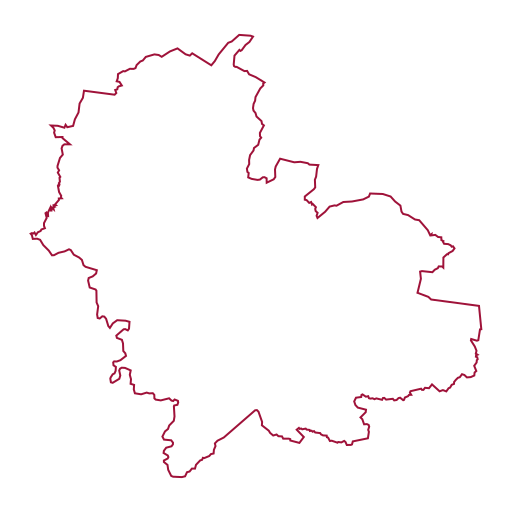 Colotlán, Jalisco, Mexico
{"feature_id": "50627088B8833204369872", "entity_name": "Colotlán", "entity_type": "district", "adm_level": 2, "iso_a3": "MEX", "parent_name": "Mexico", "parent_adm1": "Jalisco", "projection": "mercator", "projection_center": [-103.289, 22.099], "detail": "fine", "context": "isolated", "style": "outline", "palette": "rose", "viewbox_px": 512, "rotation_deg": 0, "n_neighbors": 0, "source": "geoboundaries", "source_scale": "gbopen_adm2", "svg_char_len": 5970}
<svg xmlns="http://www.w3.org/2000/svg" viewBox="0 0 512 512"><path d="M250.5,35.7L239.2,34.9L231.7,41.5L228.2,42.8L218.7,54.4L214.8,61.1L211.3,65.3L192.2,53.3L189.8,55.6L185.6,54.3L177.5,48.4L170.0,51.4L161.7,56.8L158.7,55.0L154.4,54.4L145.8,56.9L142.8,60.5L140.3,61.5L136.6,65.1L135.5,68.1L133.6,68.9L129.9,68.8L124.9,71.4L123.2,71.1L118.0,74.1L117.8,78.2L116.7,81.3L119.5,81.9L121.8,85.5L118.7,86.4L117.7,87.2L117.3,89.3L115.2,90.0L116.3,93.0L114.6,94.7L84.0,90.7L82.9,97.8L79.6,103.5L78.5,112.5L74.9,119.3L73.1,125.9L67.3,127.2L65.6,124.8L64.4,127.7L57.8,125.8L51.0,125.5L53.4,127.8L54.7,130.4L54.1,132.7L55.7,137.2L62.5,137.0L62.5,138.1L69.9,144.3L64.4,144.3L62.5,145.8L61.6,148.4L62.8,154.6L60.0,157.9L57.5,166.0L57.5,167.7L59.1,170.3L57.8,172.6L60.3,176.9L59.5,177.8L59.9,181.7L58.9,183.1L59.5,184.2L59.2,185.3L58.5,184.8L57.9,185.7L59.1,192.1L61.2,195.8L60.9,197.4L61.7,198.3L58.8,198.5L58.9,200.0L55.1,204.4L55.8,205.1L53.5,205.2L53.5,206.1L54.6,206.9L53.2,207.5L53.6,209.3L51.7,207.6L51.5,210.5L50.9,210.5L50.4,207.5L47.9,212.7L48.1,216.0L47.4,215.8L46.3,212.6L45.5,213.2L46.7,217.9L44.0,223.1L44.0,225.9L44.9,228.2L41.4,229.5L40.6,231.0L37.8,232.3L35.9,235.0L34.5,232.5L33.4,233.5L31.9,233.1L30.7,233.7L31.9,235.2L32.8,238.9L37.1,238.7L40.1,239.8L43.3,245.1L48.8,250.6L52.0,255.3L54.0,255.2L58.5,252.8L64.6,251.4L69.0,249.3L70.8,250.1L73.8,254.7L79.1,257.5L81.9,259.9L83.5,265.1L85.5,266.8L96.8,270.2L96.1,273.5L92.7,276.4L88.7,278.0L88.1,280.6L89.7,287.5L95.6,289.5L96.4,290.7L96.6,302.5L98.2,306.2L97.1,314.5L97.7,318.0L99.7,318.5L102.3,316.3L104.3,316.6L106.1,318.8L108.3,326.0L109.9,327.9L112.8,323.4L117.2,320.2L125.5,320.7L129.5,321.8L129.0,328.7L127.8,330.4L125.2,329.1L123.6,329.3L116.3,335.6L116.9,337.9L121.9,339.8L123.0,343.4L123.3,351.0L125.3,353.3L126.0,355.9L120.4,360.2L116.8,361.5L114.1,361.4L113.2,362.4L113.5,365.3L115.9,366.9L115.6,370.9L114.5,373.4L112.7,374.3L110.7,377.4L110.3,378.6L110.9,382.3L112.7,382.8L119.3,378.8L120.3,375.5L119.2,370.5L120.0,368.7L121.7,367.7L125.0,367.9L130.7,370.4L129.8,374.8L131.0,379.2L130.6,383.8L134.1,384.9L133.8,389.4L134.9,393.3L141.1,394.3L146.7,392.6L149.3,393.4L152.8,393.2L154.3,394.9L154.4,398.4L155.7,399.6L160.8,400.4L169.1,398.3L171.5,400.6L173.2,401.0L174.6,399.5L177.9,400.8L178.2,402.4L177.4,404.8L174.2,405.5L173.9,406.3L174.5,416.5L173.8,420.8L169.2,425.5L168.0,429.0L165.0,431.4L162.4,436.6L164.0,439.6L171.2,440.3L173.0,442.7L172.9,444.4L171.5,446.3L166.2,447.7L163.9,450.8L163.6,453.0L167.8,455.5L168.4,457.1L167.7,458.5L163.9,460.5L163.9,462.0L167.5,464.9L168.2,469.8L171.2,475.9L173.1,476.7L181.8,477.1L185.1,476.3L187.0,472.2L189.6,471.5L191.9,468.6L195.0,468.6L196.0,464.8L200.2,460.4L202.1,459.8L202.9,457.8L204.2,458.1L209.3,456.0L210.9,454.1L213.6,453.5L213.9,449.8L215.5,446.1L214.9,443.4L217.5,440.7L223.8,437.5L255.1,410.3L256.9,410.1L258.5,411.7L262.1,421.9L261.9,425.3L268.8,430.7L270.1,432.9L273.2,435.5L276.6,434.5L278.4,436.2L282.0,436.4L283.2,438.7L288.9,438.7L290.2,439.1L290.3,440.5L299.4,442.9L303.8,437.0L296.7,429.7L298.9,427.9L299.7,428.9L301.1,428.5L302.2,429.3L305.7,428.6L306.6,429.6L309.6,429.9L309.9,431.0L311.6,430.7L312.6,431.7L314.0,431.1L315.2,432.5L320.2,433.1L320.9,434.3L323.0,435.4L326.7,435.6L326.9,437.2L328.1,437.6L329.9,441.0L331.7,440.7L337.5,442.7L338.2,442.0L341.4,442.4L344.2,440.9L345.5,442.0L346.8,445.0L350.9,444.9L352.0,444.4L352.8,441.4L367.9,438.3L368.9,431.8L368.2,429.9L369.2,426.6L368.6,424.9L366.9,424.1L364.1,424.3L362.3,419.2L360.5,417.4L365.7,412.2L366.0,409.7L357.8,407.6L355.4,405.0L354.2,401.4L356.0,397.7L361.2,397.0L361.5,394.9L362.5,394.4L365.9,396.7L368.2,396.2L368.9,398.2L370.3,398.6L372.6,398.3L374.5,399.2L376.3,398.4L382.1,399.8L383.0,398.0L384.3,397.9L386.1,399.6L392.8,398.8L394.2,400.4L396.6,400.0L398.5,398.1L400.1,397.7L403.2,400.2L404.0,399.9L404.9,397.5L408.0,396.2L409.0,394.9L411.2,394.8L409.9,392.6L410.5,391.2L421.1,388.7L422.0,389.9L423.4,389.9L425.0,387.8L429.0,388.2L432.0,384.4L439.6,391.3L442.9,390.1L446.3,391.4L448.6,388.2L450.1,387.6L451.7,384.8L454.0,383.9L454.1,382.0L455.8,379.9L457.9,377.8L459.8,377.2L462.0,374.2L464.4,375.0L466.9,377.4L470.7,377.1L474.3,375.5L474.6,372.5L476.3,371.0L474.2,365.8L476.6,362.5L476.8,360.2L477.7,359.2L477.2,357.2L475.9,356.7L476.1,355.3L477.5,354.7L475.8,353.6L476.5,350.8L474.8,346.5L470.9,340.4L471.2,339.0L476.9,340.7L478.3,340.2L480.0,329.4L481.3,329.2L479.0,305.9L431.1,299.5L428.4,296.9L417.5,292.8L420.9,278.8L420.1,271.6L422.0,271.1L432.4,272.2L434.8,269.7L437.8,268.2L438.7,266.4L442.1,266.5L443.3,267.6L443.4,257.5L447.0,254.2L448.1,254.3L448.5,253.2L452.6,251.0L454.5,248.4L453.0,246.3L451.7,246.7L450.7,245.3L448.2,244.1L444.1,243.8L443.0,241.8L443.4,241.1L441.4,240.1L441.3,237.3L438.1,237.0L435.3,234.9L431.3,235.4L431.5,234.1L430.1,235.1L427.8,230.2L419.2,220.2L415.0,219.5L408.1,215.1L403.1,213.9L401.5,211.6L400.4,205.6L395.1,201.5L390.6,196.5L382.8,194.0L370.1,193.5L368.9,196.6L363.2,199.4L352.0,201.5L343.3,202.0L336.5,205.7L334.5,205.4L329.6,206.6L325.1,211.8L317.5,218.0L316.6,215.8L317.6,212.8L315.7,211.1L315.2,208.9L315.9,207.2L312.7,203.9L312.0,204.5L311.1,202.0L309.2,202.9L306.6,200.1L304.8,199.7L304.8,196.5L313.9,189.2L315.2,187.4L314.9,179.7L316.1,176.7L317.0,168.9L318.3,165.1L309.4,164.6L307.8,163.2L300.4,161.8L294.3,162.3L280.1,158.7L275.7,166.5L275.0,169.5L275.3,177.0L273.7,179.3L266.7,182.7L266.6,178.3L264.5,177.2L262.8,177.3L259.9,179.6L257.5,179.9L251.7,178.9L248.2,177.4L248.7,173.0L247.4,171.9L246.9,168.6L249.2,164.1L249.1,159.9L250.1,155.1L253.5,150.5L254.0,148.0L258.2,144.8L259.5,139.6L261.2,137.7L260.0,136.1L259.9,132.9L263.9,125.4L262.0,123.9L261.5,121.1L256.5,116.5L255.5,113.0L253.5,110.6L253.0,108.1L253.6,103.9L255.1,100.7L255.5,97.1L260.3,88.4L263.3,85.4L263.2,83.5L264.5,82.5L255.7,77.1L249.1,74.3L247.1,70.9L244.4,71.1L236.7,66.9L235.3,66.9L234.0,66.0L233.7,64.4L234.5,55.6L239.4,49.9L240.4,50.9L241.7,50.2L245.5,45.0L249.4,42.0L253.0,36.6L250.5,35.7Z" fill="none" stroke="#9f1239" stroke-width="2"/></svg>